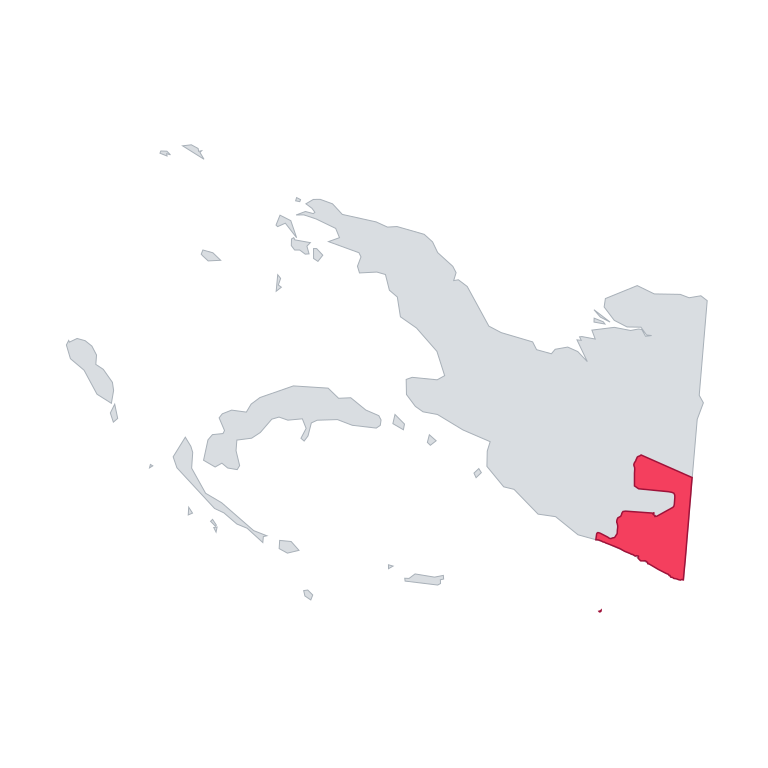 location of Sandaun within Papua New Guinea, rotated 185°
{"feature_id": "PNG-1241", "entity_name": "Sandaun", "entity_type": "Province", "adm_level": 1, "iso_a3": "PNG", "parent_name": "Papua New Guinea", "parent_adm1": "", "projection": "orthographic", "projection_center": [142.09, -3.55], "detail": "fine", "context": "in_parent", "style": "filled", "palette": "rose", "viewbox_px": 768, "rotation_deg": 185, "n_neighbors": 0, "source": "natural_earth", "source_scale": "10m", "svg_char_len": 5809}
<svg xmlns="http://www.w3.org/2000/svg" viewBox="0 0 768 768"><g transform="rotate(185 384 384)"><path d="M69.3,495.2L69.0,400.2L64.2,393.1L68.9,376.1L68.6,215.3L77.8,216.1L121.9,235.7L151.7,245.9L177.6,250.7L201.5,266.8L219.2,267.8L245.3,290.4L255.8,292.0L274.3,310.9L275.3,326.2L273.2,335.8L301.3,345.1L328.1,358.3L342.7,359.7L350.8,364.4L360.7,375.5L362.3,390.5L356.5,393.1L331.4,392.8L324.3,397.6L334.1,421.1L356.5,442.6L373.5,452.4L378.3,471.8L386.8,477.9L392.1,493.2L400.9,494.9L418.1,492.5L420.7,499.0L418.0,508.6L420.4,512.6L451.7,521.0L441.1,525.9L445.7,534.8L466.0,542.5L478.6,545.5L486.3,544.7L477.3,549.0L469.3,547.6L467.8,549.0L471.0,552.7L477.5,556.7L470.5,561.7L463.7,562.4L451.0,559.0L440.3,549.3L406.0,544.8L394.2,540.6L384.8,542.0L357.0,536.6L348.0,529.8L342.0,519.6L325.7,507.2L321.9,501.2L323.6,493.1L319.0,494.3L309.6,488.4L284.6,450.8L271.7,445.4L239.6,438.9L235.0,431.5L219.9,428.7L216.5,433.5L204.2,436.8L193.8,433.2L183.4,424.0L195.6,444.8L191.3,444.7L193.3,448.0L191.0,448.5L177.5,447.2L181.6,455.8L159.5,460.5L143.0,458.8L135.1,461.0L131.9,460.7L127.6,454.3L121.6,455.6L126.7,455.7L133.0,463.0L146.8,462.0L160.2,467.5L171.4,479.9L170.9,488.4L140.3,504.1L122.6,497.3L96.7,499.1L87.6,496.5L76.0,499.5L69.3,495.2ZM532.4,286.7L538.6,291.0L545.0,286.6L557.1,292.3L554.5,313.0L550.5,318.6L540.1,320.6L538.8,323.7L545.3,335.9L542.5,340.2L533.5,344.7L518.7,344.0L514.6,352.4L506.4,359.7L474.1,374.2L439.3,375.0L428.0,365.8L415.9,367.4L399.9,356.5L386.4,352.0L383.8,347.9L384.1,342.5L387.9,339.4L412.0,340.1L427.3,344.5L447.4,342.1L453.0,338.9L455.2,325.6L458.6,320.2L462.0,322.7L457.7,333.0L462.3,342.2L476.6,339.6L485.7,341.9L492.7,339.2L503.0,324.9L511.1,318.5L525.7,315.3L525.6,304.7L520.7,290.1L522.8,285.9L532.4,286.7ZM703.8,395.2L701.9,399.9L701.0,398.3L693.7,402.6L685.5,401.1L678.3,396.3L672.9,387.8L672.8,378.4L664.9,374.1L654.7,362.0L652.8,354.0L653.9,341.0L669.0,348.8L684.0,371.6L698.6,381.9L703.8,395.2ZM587.7,293.1L577.3,313.7L571.0,305.1L568.6,299.2L568.3,283.4L552.2,259.6L535.3,251.5L501.1,226.6L487.5,222.6L490.9,221.5L490.9,215.5L507.8,228.4L518.4,231.7L532.3,241.7L541.9,245.2L583.0,282.5L587.7,293.1ZM312.9,188.4L345.8,189.5L346.4,192.3L342.1,192.5L336.5,197.5L316.8,196.0L308.2,198.5L307.6,194.9L310.8,193.9L310.3,190.2L312.9,188.4ZM473.8,506.5L479.6,510.1L484.7,509.7L488.4,513.8L488.8,520.4L486.7,521.9L485.3,519.8L469.7,518.4L472.8,514.6L470.0,507.1L473.8,506.5ZM474.3,219.1L462.8,219.0L454.2,210.9L465.5,207.1L474.1,210.9L474.3,219.1ZM496.3,535.6L503.7,531.5L505.4,532.9L502.3,543.1L491.1,538.6L483.8,522.1L496.3,535.6ZM557.5,493.0L569.9,491.3L575.7,495.8L577.4,497.4L576.1,501.7L565.9,499.8L557.5,493.0ZM582.9,592.2L605.4,603.7L596.8,605.5L589.7,602.4L588.9,599.6L586.0,600.5L587.5,598.6L582.9,592.2ZM370.4,354.6L360.1,345.9L360.7,340.1L371.7,345.3L370.4,354.6ZM466.0,512.8L462.9,513.0L456.2,507.0L460.5,500.4L465.1,502.9L466.0,512.8ZM650.5,340.4L646.3,326.5L650.3,322.4L654.1,331.3L650.5,340.4ZM334.4,337.4L327.1,332.0L332.5,327.0L335.7,329.6L334.4,337.4ZM446.0,171.2L442.0,172.1L436.6,167.6L438.1,162.5L444.3,165.9L446.0,171.2ZM286.6,303.1L282.2,308.0L279.3,304.2L284.1,298.7L286.6,303.1ZM499.5,467.0L499.4,483.6L496.2,480.2L497.9,473.4L494.7,471.5L499.5,467.0ZM174.3,469.5L181.3,476.3L164.2,465.4L174.3,469.5ZM180.4,467.9L171.0,465.1L169.1,463.0L180.2,464.0L180.4,467.9ZM627.3,594.4L626.6,596.7L620.6,597.0L616.7,593.7L620.6,594.5L620.0,592.2L627.3,594.4ZM567.6,236.5L567.8,244.2L563.5,238.7L567.6,236.5ZM544.8,232.1L543.0,234.2L538.7,228.8L539.6,227.7L544.8,232.1ZM488.0,558.8L487.3,562.1L483.2,560.4L483.8,558.3L488.0,558.8ZM541.1,226.2L537.8,227.0L538.4,221.8L541.1,226.2ZM363.4,200.4L363.8,204.3L359.1,203.4L363.4,200.4ZM610.3,280.0L609.7,283.5L607.2,282.3L610.3,280.0Z" fill="#d9dde1" stroke="#a8b0b8" stroke-width="1"/><path d="M68.9,317.7L68.9,308.5L68.8,300.8L68.8,282.6L68.7,275.3L68.7,266.6L68.7,257.2L68.6,242.9L68.6,232.2L68.7,223.8L68.7,216.2L68.7,214.9L69.2,214.9L70.1,215.3L71.6,214.5L73.3,214.7L75.0,215.2L76.8,215.5L78.1,215.5L78.6,215.7L79.0,216.0L79.3,216.2L79.6,216.4L80.1,216.5L81.2,216.5L81.6,216.7L81.8,217.0L82.3,217.9L82.5,218.2L83.1,218.0L84.3,219.3L85.3,219.6L86.2,219.8L94.6,223.2L104.2,227.8L105.6,228.0L105.7,228.4L105.7,228.8L105.9,229.2L107.9,230.5L108.7,230.7L110.3,230.4L112.8,230.2L113.2,230.4L115.6,232.5L115.8,232.9L115.7,233.3L115.5,233.7L115.4,234.2L115.5,234.7L115.8,234.8L116.9,234.9L117.3,235.0L118.7,234.5L119.6,234.9L120.6,235.5L121.5,235.9L122.5,235.9L123.2,236.2L124.4,236.7L129.7,238.3L134.4,240.5L139.2,242.0L147.7,244.6L148.6,244.7L149.1,244.9L150.6,245.6L151.1,245.7L151.7,245.7L152.3,245.8L153.6,246.5L157.0,247.4L158.0,247.4L159.4,247.3L159.4,247.5L159.1,253.2L158.7,254.1L158.1,254.6L157.5,254.6L156.8,254.5L155.6,254.2L147.8,251.0L146.5,250.2L145.8,249.9L145.3,249.8L144.7,249.8L144.2,249.9L143.1,250.5L142.5,250.7L141.3,251.0L140.7,251.5L140.3,252.2L139.6,253.6L138.9,254.9L138.7,255.3L138.7,256.0L138.8,259.2L138.7,261.0L138.8,262.9L138.9,263.4L139.2,264.2L139.5,265.4L139.7,265.7L140.0,266.2L140.1,266.7L140.2,267.7L140.0,269.3L139.4,271.0L138.1,271.9L136.7,272.8L135.9,274.9L135.9,275.5L135.7,276.2L134.8,277.8L132.4,278.4L106.3,278.8L105.6,278.8L105.2,278.6L104.0,279.2L103.8,278.9L104.0,278.5L104.6,277.8L104.0,277.2L103.2,276.9L102.6,276.6L102.6,275.7L101.8,275.9L101.6,275.8L100.9,276.0L100.6,276.1L85.5,286.3L84.6,287.5L84.3,289.5L84.4,296.6L84.7,298.7L85.7,300.5L88.0,301.2L91.1,301.5L121.2,301.8L125.6,304.3L126.7,316.8L126.8,321.0L127.1,322.8L127.7,324.0L128.1,325.2L127.9,326.6L127.6,327.5L126.5,329.5L126.4,329.8L126.4,330.3L125.7,332.1L125.7,332.3L125.3,333.3L124.6,333.9L122.9,334.7L121.7,335.7L70.2,318.1L68.9,317.7ZM148.0,177.6L148.0,176.7L148.6,176.0L149.5,175.8L150.0,176.3L149.7,176.4L149.1,176.7L148.5,177.1L148.0,177.6Z" fill="#f43f5e" stroke="#9f1239" stroke-width="1.5"/></g></svg>